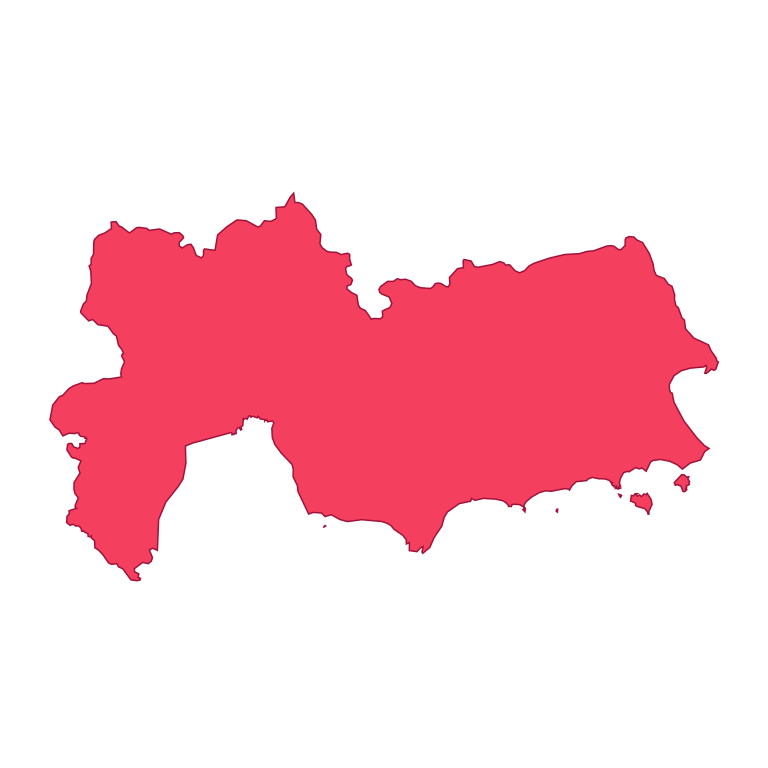 outline of Ketapang, Kalimantan Barat, Indonesia, rotated 269°
{"feature_id": "22746128B56277764926455", "entity_name": "Ketapang", "entity_type": "district", "adm_level": 2, "iso_a3": "IDN", "parent_name": "Indonesia", "parent_adm1": "Kalimantan Barat", "projection": "albers", "projection_center": [110.267, -1.697], "detail": "fine", "context": "isolated", "style": "filled", "palette": "rose", "viewbox_px": 768, "rotation_deg": 269, "n_neighbors": 0, "source": "geoboundaries", "source_scale": "gbopen_adm2", "svg_char_len": 6097}
<svg xmlns="http://www.w3.org/2000/svg" viewBox="0 0 768 768"><g transform="rotate(269 384 384)"><path d="M255.3,306.4L256.8,311.1L256.1,319.3L252.5,322.7L254.2,329.0L249.3,337.5L247.1,345.0L248.7,359.2L246.6,379.2L245.0,383.9L242.6,388.2L238.4,391.7L232.5,400.0L228.0,403.5L223.7,403.6L225.0,406.6L217.0,406.4L215.8,414.1L219.6,417.6L220.7,420.2L215.4,419.0L214.0,419.8L219.8,427.0L229.2,431.2L240.9,439.3L249.7,441.9L255.0,445.2L263.1,457.2L265.3,468.6L268.1,469.5L266.1,473.0L267.9,481.3L267.0,493.3L265.3,500.5L263.7,503.2L260.5,506.4L259.4,506.3L259.3,509.2L260.8,509.7L261.6,511.4L261.0,517.6L258.6,521.4L257.5,521.9L256.0,520.6L253.7,522.7L257.4,523.2L257.9,522.2L260.0,521.7L263.6,523.8L268.5,529.8L272.7,537.4L274.4,543.9L273.8,549.2L276.2,562.8L275.7,566.8L274.7,567.6L279.0,570.2L283.0,574.5L283.9,585.1L285.2,585.9L287.0,590.6L285.5,597.1L285.3,603.0L283.7,607.7L281.0,609.6L281.8,609.7L281.4,610.8L280.1,610.0L278.5,610.6L278.4,612.3L277.2,612.2L277.2,613.7L276.1,613.6L277.2,614.5L275.6,614.4L275.1,615.5L277.3,617.2L277.7,618.7L280.6,617.7L285.3,618.6L291.2,622.0L292.4,625.7L291.9,627.5L296.0,634.1L294.7,637.9L295.5,640.5L292.2,644.6L301.6,649.3L302.9,651.9L303.7,659.1L301.7,668.5L298.2,675.7L293.7,680.9L299.5,688.6L302.5,699.1L310.9,703.5L313.8,707.9L316.8,703.3L325.1,695.6L341.7,683.3L360.7,673.6L369.8,672.0L370.3,670.5L373.3,669.4L378.8,669.3L387.3,674.2L392.1,681.5L394.5,690.5L395.5,704.3L397.1,706.3L395.0,706.9L389.2,704.9L388.9,706.4L393.2,711.9L391.9,714.0L392.9,716.0L400.3,718.6L401.3,717.1L404.1,716.6L411.7,711.5L417.4,709.2L424.5,694.6L434.0,686.4L442.7,685.5L444.9,683.0L455.2,679.6L457.4,677.1L463.8,675.9L467.9,676.2L476.6,673.7L478.8,669.9L484.6,666.1L487.7,658.2L492.9,656.0L499.1,655.2L509.8,651.6L520.9,645.0L523.6,639.3L526.6,636.4L527.1,631.4L525.8,628.5L524.1,627.7L518.3,627.5L514.1,623.2L514.4,620.7L517.8,616.2L518.4,613.0L518.0,609.1L513.5,595.8L513.0,589.2L510.9,581.6L510.3,566.8L507.0,551.7L502.1,536.1L499.3,530.8L495.1,526.9L492.8,521.6L494.9,517.0L500.5,512.2L501.2,510.8L500.6,507.8L502.8,506.1L504.4,501.9L501.6,494.5L499.1,479.9L499.8,476.5L505.4,473.3L507.1,466.2L505.9,465.3L498.9,465.4L498.1,459.6L489.4,451.3L482.6,451.6L480.0,449.9L480.3,447.6L483.5,442.7L484.0,439.7L483.4,436.8L480.5,434.8L478.7,432.2L479.6,422.1L481.7,417.1L486.2,413.1L488.4,407.3L488.0,402.4L489.0,399.1L486.4,394.9L486.6,389.5L481.6,382.4L478.7,380.6L475.9,381.3L474.1,383.0L470.9,390.7L464.4,393.2L460.5,391.4L457.0,383.6L451.4,383.9L449.3,381.7L449.7,374.6L449.0,372.5L457.8,366.6L460.3,361.5L463.7,359.7L473.2,358.4L475.8,353.4L479.8,348.6L482.5,348.8L484.0,352.6L488.3,354.3L490.2,353.3L493.8,348.8L499.8,347.6L501.7,348.4L503.5,353.5L509.0,351.9L514.3,351.9L515.4,349.8L514.2,343.5L516.5,338.6L516.8,332.3L517.8,329.0L521.5,324.4L525.3,322.4L534.6,323.4L540.0,319.4L549.1,318.3L554.8,314.7L565.1,305.7L566.9,301.9L567.0,298.1L576.4,297.0L572.5,293.5L562.9,287.9L562.4,279.1L552.0,279.3L550.7,278.2L548.6,273.7L549.3,267.2L544.2,263.3L543.1,260.7L549.7,249.1L550.6,239.8L544.0,229.7L535.9,220.2L520.6,217.4L522.2,206.8L520.7,205.9L515.4,205.7L513.3,203.7L515.8,198.5L523.6,195.8L527.1,193.4L526.6,189.8L523.6,184.7L525.5,181.8L529.0,181.6L533.7,186.2L535.8,185.4L538.9,182.0L538.8,176.7L537.4,174.2L542.9,162.3L541.7,151.8L543.7,149.7L544.9,141.8L544.5,139.2L539.8,132.7L539.9,131.5L545.9,124.0L546.3,122.1L551.0,118.9L550.7,114.0L544.3,114.2L539.9,107.6L537.7,101.4L533.7,97.2L531.7,96.4L518.6,95.8L514.6,93.4L508.8,93.2L507.1,91.2L502.2,92.8L489.6,93.2L478.2,88.6L472.1,87.8L469.3,84.9L462.3,82.0L460.4,82.2L452.3,89.9L453.6,93.8L448.3,99.0L446.6,109.0L438.9,114.4L436.8,117.2L427.2,119.3L423.2,122.4L419.0,124.2L418.1,122.5L416.1,122.4L410.7,125.0L403.7,121.8L398.6,121.0L395.6,121.6L393.8,108.8L394.3,103.8L389.8,94.1L389.7,84.4L390.6,82.3L387.5,73.3L384.8,68.8L378.1,62.5L377.0,59.2L368.7,52.4L354.0,49.4L346.6,54.4L343.7,58.5L337.7,62.0L340.3,68.2L339.8,73.9L340.6,76.0L340.0,78.2L338.5,78.2L337.1,79.9L336.1,84.5L335.0,84.1L334.8,85.9L329.6,83.9L329.6,78.9L326.2,78.8L324.9,77.0L326.5,72.7L330.0,70.7L330.0,67.9L328.9,66.5L323.5,65.9L316.9,69.9L315.6,71.3L315.2,74.0L312.4,79.7L306.1,76.8L300.3,78.5L290.9,72.4L283.8,72.2L279.6,73.3L275.5,76.4L268.0,73.1L266.0,73.2L265.1,74.4L262.7,66.8L259.5,67.1L257.4,64.8L251.0,64.3L248.2,67.6L249.1,71.1L247.3,73.4L247.5,76.2L245.3,78.4L242.1,79.2L241.9,82.0L240.8,82.4L239.6,85.4L236.8,85.5L236.4,87.0L237.3,88.7L235.2,88.6L232.4,91.9L225.3,92.1L223.0,95.6L218.3,99.9L209.9,105.5L208.5,108.3L209.0,113.6L205.8,115.4L203.8,119.6L192.6,127.5L191.6,133.7L192.3,136.7L194.0,137.1L195.1,134.8L198.5,135.5L200.4,131.5L203.6,131.1L209.8,139.5L208.5,145.2L210.9,148.2L214.4,149.5L222.2,146.5L223.8,149.9L221.6,154.5L252.5,156.3L269.7,163.8L285.4,176.7L292.5,181.3L307.9,184.5L325.5,184.4L328.3,191.7L338.1,230.1L336.9,231.3L335.9,231.1L336.2,232.9L335.5,233.0L337.1,233.1L336.9,235.3L340.4,235.3L342.4,236.9L343.1,238.4L340.5,239.8L341.0,240.9L343.5,240.3L344.9,242.1L351.9,242.8L351.3,243.7L352.2,245.5L351.2,246.5L354.3,248.3L354.6,249.6L353.1,250.4L354.1,252.1L352.4,256.6L354.0,257.5L351.2,259.7L350.5,264.0L349.3,264.1L350.5,264.9L349.5,265.9L349.8,266.7L348.3,267.0L348.9,271.7L347.2,273.2L341.7,271.1L332.4,271.4L325.5,273.8L316.8,280.0L305.2,290.6L300.6,291.8L292.7,291.5L284.0,295.6L278.0,296.1L255.3,306.4ZM268.3,629.4L262.6,628.5L261.0,632.5L259.6,633.7L258.3,633.3L257.1,635.1L254.9,642.5L251.5,645.2L249.3,645.7L249.3,646.6L252.0,646.6L258.8,649.9L263.7,649.1L270.1,645.2L268.8,644.0L269.6,642.0L266.9,639.4L268.6,637.7L267.4,635.4L269.0,634.2L269.9,635.5L270.0,633.3L267.9,631.5L268.3,629.4ZM280.3,672.5L277.6,673.5L278.3,675.5L276.7,679.1L271.3,681.1L271.1,682.9L273.1,684.9L274.1,683.7L274.9,684.9L276.7,684.3L278.2,687.6L279.5,687.1L280.8,687.8L284.0,686.2L285.8,687.2L285.8,684.7L287.9,682.5L288.2,680.1L280.3,672.5ZM269.7,616.8L267.6,617.6L266.6,618.5L268.5,619.6L269.7,616.8ZM253.6,554.0L252.9,555.1L255.8,555.5L255.6,554.3L253.6,554.0ZM243.5,322.6L241.6,320.8L243.1,323.2L243.5,322.6ZM276.1,619.6L275.6,616.8L275.1,616.8L276.1,619.6Z" fill="#f43f5e" stroke="#9f1239" stroke-width="1.5"/></g></svg>